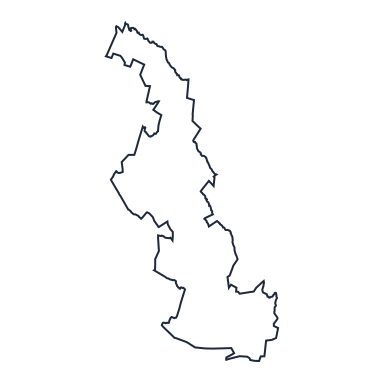 Kesses, Rift Valley, Kenya (Natural Earth projection)
{"feature_id": "3690345B57454670869281", "entity_name": "Kesses", "entity_type": "district", "adm_level": 2, "iso_a3": "KEN", "parent_name": "Kenya", "parent_adm1": "Rift Valley", "projection": "natural_earth1", "projection_center": [35.384, 0.259], "detail": "fine", "context": "isolated", "style": "outline", "palette": "slate", "viewbox_px": 384, "rotation_deg": 0, "n_neighbors": 0, "source": "geoboundaries", "source_scale": "gbopen_adm2", "svg_char_len": 6000}
<svg xmlns="http://www.w3.org/2000/svg" viewBox="0 0 384 384"><path d="M125.3,23.0L125.0,23.7L125.3,24.5L122.3,31.9L118.3,27.2L116.4,26.2L115.9,27.2L116.5,32.8L106.9,54.8L105.9,56.3L111.5,58.0L113.3,53.6L120.3,55.8L121.8,57.5L124.9,62.5L124.5,65.0L130.2,66.7L131.5,63.7L133.2,59.3L144.2,64.6L140.2,74.8L145.5,85.9L150.0,86.1L146.4,101.9L146.5,102.4L148.0,102.1L149.1,102.5L150.7,103.7L151.3,103.3L152.0,103.4L152.3,103.9L153.1,103.9L153.7,103.6L154.6,102.5L155.1,102.2L158.4,101.2L158.9,101.3L155.6,106.5L153.3,109.8L156.7,112.3L161.3,115.1L159.5,121.1L158.5,125.3L158.0,131.3L157.6,131.5L157.0,132.0L155.9,133.8L154.9,133.8L154.3,133.5L153.5,134.8L152.5,135.7L151.9,135.9L150.7,136.6L150.2,136.3L149.6,136.5L149.1,136.3L148.2,135.4L147.9,134.7L146.5,133.3L146.2,132.4L144.9,131.5L144.6,130.9L144.8,129.2L145.1,128.5L145.3,127.7L144.9,127.2L144.3,127.3L143.8,127.8L143.1,127.2L142.8,126.7L138.9,139.3L136.5,147.9L134.3,154.9L128.5,154.9L125.1,158.5L121.7,162.1L122.6,169.0L122.7,172.0L120.4,172.8L118.9,173.0L117.8,172.7L117.2,172.4L116.8,171.5L116.2,171.2L114.2,173.9L113.8,174.6L113.5,175.8L113.0,176.4L112.7,177.2L110.9,179.6L111.5,180.9L118.8,193.2L119.3,194.4L120.5,196.0L122.3,199.2L128.2,209.5L128.6,209.5L130.7,211.2L131.4,212.5L131.9,212.7L133.5,214.2L134.2,214.4L135.2,214.3L138.0,215.7L138.9,216.5L139.1,217.0L140.3,217.9L141.1,218.8L142.6,217.3L146.2,213.0L147.0,212.3L148.5,213.0L149.4,213.5L152.8,217.1L153.1,217.7L154.1,220.6L155.0,221.8L156.1,223.5L157.8,225.8L158.3,226.8L158.7,227.1L167.4,221.5L167.7,223.8L168.0,224.7L170.4,229.2L172.8,231.9L172.8,236.3L172.5,240.4L170.4,237.7L169.2,238.2L165.8,237.8L165.1,237.6L163.3,236.1L161.8,235.6L161.2,236.1L158.1,235.4L158.1,238.1L158.9,251.0L155.2,259.1L155.2,266.2L155.0,269.8L154.1,270.3L165.1,276.8L167.1,278.3L168.3,278.4L169.8,279.4L172.2,279.9L172.7,280.2L173.9,280.0L174.9,280.4L175.9,281.2L175.9,283.2L176.9,285.1L176.9,285.7L178.4,287.5L179.9,288.7L180.3,287.8L181.1,287.4L181.9,287.6L182.3,288.0L182.8,288.0L183.4,287.8L185.0,289.4L182.0,298.9L180.6,303.5L179.4,308.4L176.9,316.3L176.0,317.7L174.9,317.8L174.4,318.2L171.7,317.0L170.5,318.0L170.2,318.7L170.2,319.2L169.4,320.3L169.1,322.2L168.8,322.8L168.0,323.0L167.0,322.7L165.8,323.2L163.8,322.6L163.2,322.7L162.6,323.2L161.8,325.2L163.0,326.7L174.5,337.8L176.2,338.2L186.9,342.2L195.0,347.4L204.8,348.4L207.4,348.5L213.1,348.6L231.3,348.1L234.1,353.2L230.9,355.1L226.4,357.4L226.3,358.3L226.1,359.0L226.3,359.8L229.7,358.7L239.7,356.2L247.2,356.7L248.4,357.4L249.7,358.4L250.2,360.0L254.3,360.8L259.1,361.0L260.7,356.4L264.4,356.3L266.1,340.6L271.8,339.9L276.1,338.0L278.1,328.0L273.9,326.0L273.8,324.6L273.8,323.8L277.4,319.0L277.5,318.4L277.4,317.6L274.3,313.2L274.3,311.8L274.6,310.9L274.6,308.0L274.7,307.3L275.7,306.0L275.9,305.3L275.4,304.1L275.2,303.0L275.7,301.4L275.8,300.3L276.9,298.2L276.9,297.6L276.4,296.6L276.4,294.9L276.1,293.3L275.7,292.8L275.3,292.8L274.8,293.0L274.5,293.4L274.2,294.4L273.2,295.2L272.6,296.5L271.8,296.8L271.0,296.8L270.4,297.1L269.9,297.6L269.2,297.7L268.6,297.2L268.5,296.7L267.5,296.6L266.8,294.3L263.1,292.5L262.7,291.8L262.3,289.5L263.4,286.2L263.7,283.8L264.0,283.0L263.7,281.0L262.2,282.2L256.2,287.8L253.8,291.5L239.6,293.7L238.2,291.8L236.1,291.6L236.4,287.7L231.0,284.7L228.9,287.7L227.5,277.0L229.7,275.5L233.0,266.7L233.2,265.8L237.6,259.3L236.5,256.0L235.7,254.4L235.2,252.9L234.5,250.1L234.5,247.9L234.4,247.2L233.7,246.0L232.6,242.9L232.5,241.5L232.7,240.7L232.7,239.9L232.4,237.2L232.2,236.4L231.8,235.8L231.0,233.7L230.6,233.2L230.8,232.3L229.8,230.8L229.4,230.8L228.9,230.4L227.6,229.9L225.6,230.0L224.9,229.0L224.4,227.9L223.6,227.3L223.0,227.4L222.3,226.0L221.9,225.5L221.3,225.0L220.0,224.2L219.9,223.5L219.5,223.1L218.9,222.9L218.5,222.1L217.8,221.8L217.0,221.0L208.9,226.5L208.7,225.6L208.4,225.1L208.4,224.6L207.6,223.0L206.7,222.1L206.7,221.2L206.3,220.6L205.5,220.0L205.3,219.4L204.4,218.8L205.0,218.1L212.9,214.4L212.2,213.2L212.1,212.5L212.2,211.9L212.1,211.1L211.8,210.6L211.2,210.3L211.2,209.7L210.5,206.9L209.5,205.1L209.1,205.4L208.9,203.9L208.6,202.9L207.7,201.8L207.2,201.6L206.6,200.5L206.4,199.8L206.9,199.4L206.6,198.9L206.0,198.7L205.4,198.4L205.3,196.7L205.1,196.0L203.8,194.6L203.1,194.3L202.4,193.2L201.4,192.4L200.7,191.3L202.8,188.5L208.9,180.9L213.6,186.0L214.5,177.6L213.7,176.6L216.4,174.5L214.8,174.0L213.2,171.9L212.7,171.5L212.1,170.4L211.7,169.4L210.2,168.0L210.1,167.4L209.7,166.8L209.3,165.3L208.6,164.1L208.2,162.7L207.3,161.9L207.3,160.9L206.8,160.0L206.7,159.1L206.3,158.5L206.2,157.8L205.1,156.6L203.6,155.8L202.0,155.9L200.7,154.2L200.9,153.7L200.7,153.0L200.3,152.5L199.4,151.8L198.5,151.3L197.1,148.7L196.9,147.8L196.8,145.9L196.5,145.5L196.6,144.1L196.3,143.5L195.3,142.8L195.0,142.0L193.9,142.0L193.2,140.8L193.5,139.9L200.6,128.7L192.5,121.0L192.8,115.5L192.6,114.5L194.0,100.1L187.0,97.9L188.0,86.4L188.5,79.4L187.9,79.5L186.7,80.1L186.2,79.7L185.5,79.6L184.1,79.9L182.6,79.8L181.3,79.4L181.3,78.8L180.8,78.7L180.7,78.1L179.6,77.6L179.2,75.9L178.9,75.3L177.3,75.2L177.4,74.6L177.1,74.0L176.5,73.8L176.0,72.7L175.4,72.2L175.2,71.3L174.9,70.7L175.2,70.1L174.4,69.1L173.9,68.8L173.6,68.2L172.0,67.5L170.9,66.4L170.6,65.9L169.6,64.5L169.1,63.1L168.3,62.7L167.9,62.3L166.4,59.0L166.4,58.4L166.0,56.8L165.9,55.0L165.7,54.3L165.8,52.3L165.6,51.1L165.3,50.4L164.1,49.6L163.6,49.2L162.2,47.0L161.7,46.8L161.2,46.9L159.8,46.7L159.2,46.3L157.5,46.1L157.2,45.6L156.7,44.4L156.4,44.0L155.7,44.0L154.5,43.2L153.6,42.2L153.4,41.7L152.4,41.6L152.2,42.3L151.7,42.7L150.5,42.8L149.9,42.6L149.2,41.6L148.7,41.4L148.1,40.1L147.7,39.0L147.3,38.5L145.8,39.0L144.2,38.7L143.9,38.1L143.4,36.2L143.0,35.2L142.6,34.7L141.6,35.0L141.1,35.0L139.9,34.5L139.3,34.0L138.7,32.5L138.2,32.5L137.8,32.9L137.3,32.5L137.0,31.1L136.4,30.3L135.1,28.8L134.4,29.2L134.1,28.6L133.5,28.1L132.9,27.8L131.0,28.1L130.5,28.6L130.6,29.3L131.0,30.0L131.2,30.7L130.7,31.0L129.7,30.1L129.3,29.9L128.7,27.7L128.4,27.1L128.1,25.1L127.8,24.5L126.0,23.9L125.6,23.6L125.3,23.0Z" fill="none" stroke="#1e293b" stroke-width="2"/></svg>